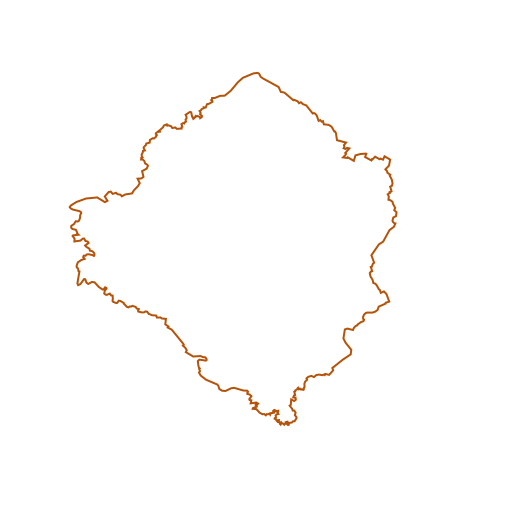 Bang Rakam, Phitsanulok, Thailand, rotated 147°
{"feature_id": "78962969B65860849823906", "entity_name": "Bang Rakam", "entity_type": "district", "adm_level": 2, "iso_a3": "THA", "parent_name": "Thailand", "parent_adm1": "Phitsanulok", "projection": "albers", "projection_center": [100.075, 16.744], "detail": "fine", "context": "isolated", "style": "outline", "palette": "amber", "viewbox_px": 512, "rotation_deg": 147, "n_neighbors": 0, "source": "geoboundaries", "source_scale": "gbopen_adm2", "svg_char_len": 6144}
<svg xmlns="http://www.w3.org/2000/svg" viewBox="0 0 512 512"><g transform="rotate(147 256 256)"><path d="M319.7,98.2L316.6,96.8L314.9,97.2L313.7,96.4L310.4,97.9L309.8,98.9L310.1,101.3L308.1,103.1L308.1,105.6L309.4,106.4L308.9,108.0L309.3,112.1L307.9,112.2L304.6,116.5L303.0,113.6L300.9,113.8L300.0,115.7L301.8,117.1L300.0,118.3L298.9,118.1L297.8,121.3L296.7,121.2L296.3,121.8L293.7,121.9L293.2,122.3L292.9,121.3L292.2,121.9L292.1,120.8L291.0,120.4L291.0,119.4L289.8,119.0L289.4,118.0L288.6,118.0L287.7,119.3L286.7,119.6L284.9,122.6L283.1,123.9L280.5,124.4L280.3,125.9L278.0,126.2L274.9,125.3L273.3,122.9L270.3,123.3L267.7,122.2L265.1,119.8L263.5,119.6L263.2,118.7L262.1,119.3L259.4,116.5L253.5,118.1L253.0,120.5L239.5,121.8L230.2,121.9L227.2,125.4L228.1,134.7L227.6,139.2L221.5,146.0L218.8,145.3L215.0,141.1L212.9,142.5L210.6,143.0L208.7,142.7L208.2,143.2L204.0,143.4L201.3,142.8L200.0,143.8L200.4,144.9L199.5,146.5L197.3,148.0L195.1,148.4L193.8,148.1L189.2,145.1L186.4,144.4L183.5,144.5L180.7,146.7L173.3,145.5L172.7,146.2L169.1,145.2L167.3,153.1L168.0,156.6L171.4,157.1L170.6,160.1L171.1,161.2L170.7,165.8L171.0,167.8L172.3,169.4L171.2,172.6L171.1,176.5L169.9,179.7L168.3,180.3L166.8,180.0L165.7,184.3L164.7,183.9L162.3,185.8L160.6,186.0L158.8,193.8L146.6,198.8L141.5,198.8L130.0,205.0L124.3,205.4L121.4,207.4L122.1,208.0L122.6,210.1L122.3,211.3L119.9,213.5L116.8,213.2L114.3,216.2L115.1,219.2L113.1,220.5L112.7,225.1L112.0,227.2L113.0,229.7L114.3,231.1L112.2,233.5L111.9,236.0L109.0,236.0L109.1,236.8L107.0,236.6L105.7,241.1L103.7,240.9L101.9,242.6L100.5,246.1L100.1,250.6L99.1,251.1L100.5,254.2L99.8,255.6L100.3,258.2L95.2,259.4L91.0,263.8L93.9,269.6L97.0,267.6L98.6,269.9L99.7,269.9L102.0,274.4L105.8,273.6L106.0,274.0L107.2,273.3L110.6,279.6L107.8,281.7L108.3,282.2L113.0,284.7L117.8,286.2L122.2,282.5L125.3,288.8L126.1,288.5L129.3,291.3L125.9,292.0L124.7,292.8L125.0,293.8L119.1,295.4L120.6,297.0L122.7,297.0L123.8,298.7L122.4,299.3L121.9,301.1L118.7,302.1L125.0,309.0L122.1,315.4L121.9,317.4L122.5,317.8L122.2,323.2L123.6,326.4L127.4,329.5L126.4,332.6L127.7,332.8L128.1,335.0L129.9,335.2L128.5,341.0L128.9,343.4L129.7,344.4L130.8,344.6L131.8,354.9L133.9,357.7L134.6,360.5L136.7,360.7L136.8,363.1L139.2,366.5L139.9,366.4L142.9,376.7L143.6,378.1L145.8,380.1L145.0,385.4L153.5,401.2L154.5,403.7L154.1,407.1L154.9,408.7L158.6,410.5L169.9,412.6L176.5,411.6L187.3,408.3L194.9,407.5L199.0,409.9L204.3,410.9L206.9,412.4L207.8,411.1L208.6,411.1L208.1,409.8L208.6,409.0L212.6,409.3L214.4,410.0L217.4,407.9L218.6,409.0L218.7,408.4L221.6,408.8L223.3,408.0L224.3,408.3L224.5,406.1L225.7,405.4L225.0,402.8L226.0,402.0L227.7,402.0L227.3,402.9L228.9,405.4L229.7,405.3L230.3,406.3L231.6,405.4L232.6,406.0L233.1,405.2L233.9,405.1L233.6,407.9L232.1,411.8L232.9,412.8L238.1,412.8L238.4,410.7L239.3,409.3L240.7,408.8L241.6,406.8L243.1,407.0L244.0,406.2L244.9,407.2L246.8,407.1L247.4,404.5L248.4,404.5L249.0,403.4L253.2,405.8L253.7,407.8L256.5,408.9L256.5,411.0L258.4,413.4L259.4,413.6L259.1,415.0L262.3,415.6L263.8,414.6L268.6,413.8L268.9,412.6L269.9,413.1L269.7,413.8L272.9,413.5L273.5,413.1L273.3,411.4L274.3,411.2L274.7,410.5L277.7,410.1L278.4,411.0L281.8,411.1L283.4,409.0L286.8,410.1L287.8,409.1L290.8,408.4L291.4,407.9L291.7,405.0L293.5,405.7L294.6,404.5L296.6,403.4L297.6,401.6L297.4,400.7L298.8,400.8L299.8,399.5L298.4,398.7L297.9,396.2L298.6,394.0L297.4,391.7L297.5,390.5L300.1,388.8L305.3,389.2L307.3,383.6L309.9,383.5L313.2,385.3L313.8,380.4L316.9,378.9L322.6,377.6L325.9,376.0L332.1,378.8L336.0,379.1L336.2,381.1L338.5,383.3L338.9,385.2L342.4,386.2L342.7,389.1L344.8,389.9L350.4,388.3L350.5,383.2L353.4,383.5L357.3,391.6L367.3,396.8L377.2,399.1L383.6,399.2L385.6,398.5L385.5,396.9L384.3,394.7L379.6,389.7L378.9,388.1L379.2,387.2L381.3,385.9L382.9,383.7L385.3,382.0L386.7,382.0L388.3,383.3L391.3,381.9L394.5,381.9L395.6,380.4L395.3,378.7L392.8,376.1L393.2,372.9L393.8,372.3L393.3,370.5L398.1,372.9L398.9,372.7L398.7,369.3L400.4,367.1L394.8,364.5L391.8,364.9L390.6,364.2L390.9,361.6L389.3,359.8L389.3,358.1L393.6,357.9L393.3,356.0L391.7,352.8L392.4,351.0L390.6,349.1L390.1,346.3L391.1,344.6L391.9,344.3L392.6,345.8L395.4,348.6L397.2,349.5L398.7,349.0L400.3,350.1L401.5,349.3L401.3,346.9L404.7,347.8L408.9,347.7L411.8,345.5L412.5,344.1L412.1,342.3L413.1,340.0L412.5,339.2L420.7,330.3L421.0,328.4L418.5,328.1L412.7,330.3L411.9,329.5L412.7,326.0L411.9,323.9L407.7,323.6L405.7,321.8L404.7,315.6L402.9,311.4L402.1,311.0L399.6,311.9L398.9,310.8L399.1,310.1L401.8,309.2L403.7,307.2L403.3,305.7L402.4,304.7L399.1,304.1L399.0,301.9L397.8,300.9L399.6,297.7L400.8,296.6L400.7,295.2L398.7,292.5L397.8,292.3L395.5,293.3L394.3,292.3L392.5,288.6L392.8,288.0L391.9,283.4L390.8,282.3L389.5,282.5L388.4,281.6L386.8,281.5L384.7,278.9L384.6,276.8L383.2,275.3L384.8,274.2L384.9,273.4L382.3,270.7L380.3,269.6L379.0,269.8L377.6,268.6L377.5,266.0L375.4,262.9L372.2,260.5L372.6,258.3L369.5,256.4L369.0,254.9L365.8,252.3L369.3,248.1L367.8,244.6L369.0,244.1L366.8,240.2L364.8,221.9L364.9,220.9L366.1,220.7L365.3,217.6L365.4,214.7L367.2,213.6L363.4,205.9L357.0,202.3L355.4,199.9L353.8,198.8L353.5,196.9L354.0,195.7L355.1,195.6L359.9,199.9L362.0,199.6L364.0,195.5L364.7,193.3L364.4,192.4L365.2,192.2L365.7,189.9L367.3,189.3L367.5,185.9L365.3,179.5L358.4,169.2L358.3,167.5L359.2,164.4L357.8,161.5L355.1,159.4L348.9,158.6L346.2,157.4L339.9,150.1L336.7,147.8L336.6,146.4L337.8,146.0L338.4,145.0L336.8,143.4L336.2,140.9L339.5,139.7L339.8,138.7L338.5,137.5L340.7,135.3L335.6,133.0L334.6,131.1L335.3,130.9L336.9,132.0L337.5,131.3L337.0,129.8L337.4,129.2L341.3,130.1L342.0,129.6L339.1,127.4L338.3,122.6L336.7,119.7L335.2,119.0L334.5,117.0L333.1,117.5L332.1,116.7L330.4,116.5L330.5,115.2L329.0,116.1L326.4,114.7L325.8,115.1L326.1,116.7L324.5,116.9L323.9,116.0L324.9,115.3L321.6,114.1L322.1,113.3L323.2,113.3L323.2,111.3L325.2,111.9L326.3,111.6L327.3,109.6L328.6,109.8L329.0,109.4L328.3,108.4L328.4,107.1L326.1,105.9L326.5,105.4L328.2,105.6L328.1,104.8L326.5,103.4L327.4,102.2L327.2,101.3L325.4,102.6L325.3,101.2L324.3,100.5L324.2,99.1L322.3,99.5L321.7,100.5L319.8,99.9L320.0,99.1L321.6,98.5L321.2,96.8L320.3,96.7L319.7,98.2Z" fill="none" stroke="#b45309" stroke-width="2"/></g></svg>